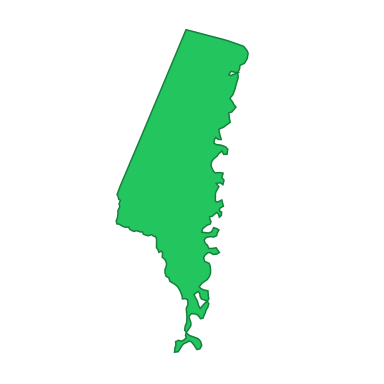 Ribeirão do Pinhal, Paraná, Brazil (Equal Earth projection), rotated 203°
{"feature_id": "56859067B72697987592890", "entity_name": "Ribeirão do Pinhal", "entity_type": "district", "adm_level": 2, "iso_a3": "BRA", "parent_name": "Brazil", "parent_adm1": "Paraná", "projection": "equal_earth", "projection_center": [-50.43, -23.422], "detail": "fine", "context": "isolated", "style": "filled", "palette": "green", "viewbox_px": 384, "rotation_deg": 203, "n_neighbors": 0, "source": "geoboundaries", "source_scale": "gbopen_adm2", "svg_char_len": 3116}
<svg xmlns="http://www.w3.org/2000/svg" viewBox="0 0 384 384"><g transform="rotate(203 192 192)"><path d="M142.5,60.6L141.7,63.1L140.8,68.5L142.0,71.3L144.8,74.4L146.1,76.5L145.2,79.7L141.0,81.1L138.6,80.9L136.7,80.0L134.6,78.7L132.6,80.1L132.7,83.3L132.6,86.1L132.9,89.0L132.4,92.2L132.9,95.7L135.3,97.6L134.8,100.2L136.7,103.3L138.7,107.3L142.9,106.5L146.3,106.6L148.4,107.6L147.0,112.2L143.8,117.3L143.0,120.7L143.2,124.4L144.6,127.9L146.5,131.1L148.2,133.0L150.7,133.1L153.1,133.0L155.6,135.9L155.3,139.2L153.6,142.4L151.3,143.4L148.2,142.7L145.1,144.4L143.1,147.0L148.0,150.1L151.4,147.9L154.5,146.6L157.1,149.1L160.0,150.1L162.1,152.7L161.1,155.7L158.1,157.9L154.4,159.1L152.3,161.3L152.7,164.5L152.4,167.6L155.0,168.0L158.1,167.7L158.4,163.1L160.9,160.6L164.3,159.7L167.2,158.8L167.9,162.2L165.5,166.9L162.7,169.8L163.0,172.4L165.0,173.9L166.1,176.1L163.7,177.8L162.7,180.1L161.3,182.7L159.2,182.1L157.0,179.5L155.8,181.9L156.9,185.1L159.3,185.2L160.1,187.8L157.5,191.2L161.5,196.3L164.4,192.8L166.9,192.6L169.7,199.4L170.0,201.9L169.3,207.4L171.0,208.2L173.0,209.3L169.9,211.5L166.4,210.8L167.1,215.3L170.2,217.0L170.7,221.5L173.9,220.8L178.2,218.6L180.5,219.6L183.9,222.6L185.3,224.9L185.7,227.9L184.9,231.1L183.0,234.8L182.4,237.7L180.3,241.4L177.6,239.0L174.5,240.4L175.8,245.4L178.6,246.6L180.9,246.7L184.0,246.4L188.4,245.1L191.0,245.7L191.8,249.0L191.4,251.5L188.5,250.6L185.6,251.7L190.1,257.4L191.8,260.2L188.1,264.2L186.9,266.4L184.0,271.2L186.1,273.9L187.2,276.1L189.1,279.2L186.6,281.2L184.7,287.3L187.8,289.0L189.5,290.5L193.7,293.0L192.4,297.5L192.6,302.9L193.5,309.4L193.8,312.3L194.2,315.4L195.3,317.6L196.5,319.7L196.2,323.4L197.3,327.3L194.0,330.9L193.3,336.3L194.5,341.6L196.8,343.8L201.4,346.3L218.7,345.2L260.9,339.1L260.6,278.1L260.5,245.9L260.4,222.8L260.4,170.1L260.0,160.4L258.0,158.7L256.7,156.7L254.7,156.4L254.5,152.4L252.7,150.3L253.0,146.2L251.3,142.1L250.6,139.0L250.4,135.6L248.7,133.3L246.4,133.9L243.6,133.5L241.4,133.3L239.4,133.6L236.7,134.9L234.7,133.3L232.1,133.0L230.0,133.0L228.4,134.5L226.4,134.9L224.1,135.0L221.9,135.9L220.2,134.1L217.9,134.3L215.1,134.6L212.7,136.9L210.0,136.4L207.7,136.6L206.0,134.3L204.6,130.9L202.9,126.8L201.0,125.8L198.8,123.5L197.3,125.6L195.2,124.4L194.0,120.4L190.9,119.4L188.9,118.0L187.2,115.7L186.6,112.9L186.6,110.1L185.2,106.9L182.9,104.3L179.9,104.0L177.4,101.1L175.4,100.9L172.2,100.4L168.9,99.6L166.7,98.2L163.8,95.9L160.7,92.7L159.0,89.8L156.7,91.2L153.9,91.1L151.7,86.8L151.9,82.8L149.9,78.9L147.9,75.2L145.9,69.8L145.9,66.1L144.8,62.0L142.5,60.6ZM135.3,97.6L136.5,95.4L139.0,88.0L141.6,90.1L144.1,93.3L145.9,95.0L147.6,96.1L150.1,98.4L147.5,102.9L145.3,101.6L143.6,98.9L141.5,97.2L135.3,97.6ZM196.5,319.7L198.5,317.6L200.2,316.1L201.7,314.4L203.8,314.3L203.4,318.1L196.5,319.7ZM148.6,47.8L147.0,44.8L146.7,41.4L145.5,37.7L142.3,39.6L141.2,46.6L140.4,48.9L138.4,51.2L136.6,53.5L134.2,53.9L130.7,52.1L125.8,48.9L123.4,50.8L123.1,54.6L125.8,57.9L129.1,59.4L132.4,59.3L138.4,58.9L140.6,59.6L142.5,60.6L142.0,57.5L140.3,55.5L141.7,52.5L143.7,50.4L146.5,50.2L148.6,47.8Z" fill="#22c55e" stroke="#15803d" stroke-width="1.5"/></g></svg>